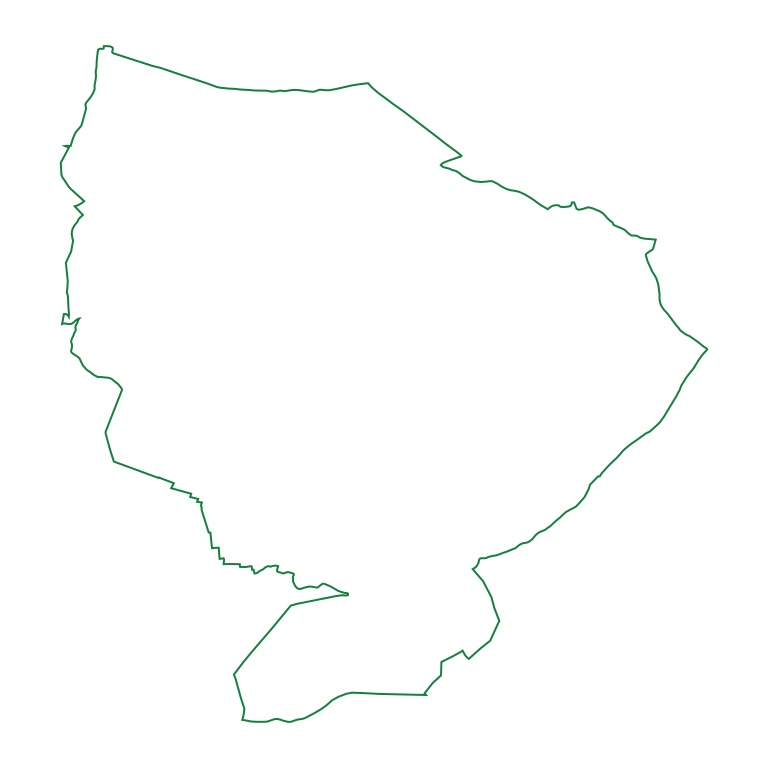 Comanesti, Suceava, Romania
{"feature_id": "2599482B69933741983623", "entity_name": "Comanesti", "entity_type": "district", "adm_level": 2, "iso_a3": "ROU", "parent_name": "Romania", "parent_adm1": "Suceava", "projection": "natural_earth1", "projection_center": [26.001, 47.659], "detail": "fine", "context": "isolated", "style": "outline", "palette": "green", "viewbox_px": 768, "rotation_deg": 0, "n_neighbors": 0, "source": "geoboundaries", "source_scale": "gbopen_adm2", "svg_char_len": 5967}
<svg xmlns="http://www.w3.org/2000/svg" viewBox="0 0 768 768"><path d="M242.3,719.9L246.7,720.6L250.2,721.4L256.2,721.8L263.8,721.8L266.3,721.7L267.9,721.4L274.0,719.3L275.2,719.0L277.5,719.0L280.2,719.6L283.9,720.9L288.3,721.9L290.1,721.9L291.4,721.6L294.3,720.6L297.9,719.5L301.7,719.0L303.8,718.5L306.1,717.5L312.5,714.2L320.6,709.5L326.5,705.3L332.2,700.2L338.2,696.9L346.3,693.8L351.8,692.7L361.8,693.0L378.7,693.9L426.0,695.0L424.6,693.3L432.8,682.9L441.0,675.4L441.2,669.5L441.4,662.0L452.4,656.5L460.1,652.3L462.6,650.7L465.2,655.3L466.2,656.6L468.8,658.9L480.3,648.6L490.2,640.7L499.3,620.8L494.4,608.2L491.4,597.1L483.1,581.2L472.7,569.1L475.8,567.2L476.7,566.1L478.6,562.6L478.9,560.5L479.4,559.4L479.7,558.9L480.3,558.4L481.6,558.2L483.6,558.3L485.1,558.2L486.2,558.0L488.1,557.1L490.4,556.4L492.6,555.9L495.6,555.5L497.6,555.0L503.3,552.8L506.7,551.7L515.7,548.0L518.7,545.4L520.3,544.4L521.6,543.8L522.8,543.3L526.3,542.7L527.9,542.2L529.3,541.5L531.5,539.8L532.6,538.9L534.3,536.6L535.3,535.7L535.9,534.8L537.1,533.8L538.3,532.9L540.7,531.6L544.1,530.3L545.7,529.4L547.2,528.2L549.7,526.6L551.7,524.8L556.1,520.7L557.8,519.3L558.6,518.6L560.0,517.6L563.1,514.5L566.2,511.9L570.5,509.5L575.7,506.8L578.4,504.1L584.4,497.3L588.7,489.0L590.0,484.7L598.1,476.4L599.7,476.4L601.7,473.3L607.1,467.3L610.3,464.0L616.2,458.4L619.5,454.9L622.8,451.0L624.8,449.0L630.7,444.2L639.6,438.0L641.8,436.3L642.5,435.9L646.0,433.4L648.0,432.4L649.2,431.9L650.8,430.7L656.8,425.3L658.8,423.4L659.9,422.2L661.1,420.7L664.4,416.0L666.7,412.1L674.9,398.6L676.4,396.1L678.0,392.9L679.5,390.4L681.2,385.8L686.0,378.0L690.6,371.9L692.7,369.6L694.3,367.2L698.4,360.4L702.0,355.3L706.6,350.1L707.2,349.3L706.9,348.8L703.6,346.5L696.6,341.0L693.1,338.6L689.4,336.0L687.8,335.4L685.8,334.4L680.8,330.8L679.8,329.7L678.8,328.2L676.5,325.6L673.6,321.8L669.0,315.5L667.8,314.0L663.9,309.7L662.1,307.1L660.8,304.9L659.8,301.1L659.5,298.2L659.5,292.9L659.1,291.9L658.5,285.7L657.6,282.1L657.1,280.8L656.4,278.5L654.7,275.4L652.2,271.5L650.7,268.1L648.6,263.6L648.2,262.6L647.6,261.3L646.3,256.8L645.9,255.8L646.0,254.4L646.6,253.5L652.8,249.3L653.8,246.3L654.9,242.4L655.7,239.7L654.4,239.5L644.2,238.6L640.1,237.7L637.5,236.1L636.2,235.8L634.1,235.5L631.7,235.6L630.4,234.8L628.1,233.1L624.6,229.8L621.1,228.1L617.1,226.5L613.6,224.9L612.6,222.6L609.6,220.3L607.2,218.0L605.1,215.5L602.8,213.2L599.2,211.0L592.2,208.2L588.2,207.3L582.7,209.0L578.5,209.8L576.6,208.8L575.4,205.9L574.2,202.5L572.0,202.4L571.1,205.3L569.7,206.3L566.5,206.8L562.8,207.1L560.3,206.7L558.7,205.4L556.2,205.2L553.5,205.5L550.9,206.7L547.7,209.2L539.0,204.0L538.6,203.6L534.6,200.6L530.5,197.8L524.6,194.3L519.1,191.8L514.2,190.7L510.2,190.2L505.8,188.7L501.6,186.5L497.0,183.5L492.4,181.3L490.1,181.1L486.4,181.6L480.7,182.0L474.6,181.3L470.6,180.1L462.8,176.1L458.7,172.6L455.7,170.9L452.3,170.0L449.2,168.6L445.8,167.8L443.2,167.0L441.6,165.9L440.8,165.0L442.4,163.4L445.2,161.9L461.4,156.2L461.4,155.7L456.7,151.9L444.5,142.9L438.4,138.0L402.8,110.8L393.7,104.4L378.6,93.2L371.8,87.4L368.1,83.2L358.2,84.4L352.0,85.4L336.5,88.9L329.8,90.2L327.2,90.3L319.6,89.7L314.4,91.6L312.6,91.7L309.3,91.5L299.5,90.2L295.3,89.9L291.6,90.1L286.3,90.9L283.3,91.1L280.7,90.6L279.3,90.7L276.2,91.3L274.2,91.5L272.0,91.6L269.8,91.3L266.5,90.7L255.1,90.5L245.9,89.8L239.9,89.5L235.3,88.9L228.9,88.6L221.2,87.8L218.6,87.4L216.4,86.8L207.9,83.7L179.7,74.4L160.5,67.9L151.7,65.7L113.3,53.3L112.3,52.5L112.2,51.4L112.8,49.4L112.7,47.9L111.8,47.1L109.9,46.3L106.4,46.1L103.9,46.1L103.6,48.5L102.1,48.9L100.2,48.7L98.3,49.5L97.7,52.0L96.8,59.7L96.5,67.1L95.7,71.4L96.0,76.6L95.3,81.7L94.5,85.9L94.7,89.0L93.1,93.1L91.1,96.4L86.5,102.4L85.6,103.8L85.5,105.5L86.0,107.4L86.0,108.9L82.4,122.3L81.3,125.6L79.7,127.7L77.0,130.7L75.4,132.9L74.0,135.8L72.1,141.1L70.6,146.0L69.8,146.2L68.5,145.8L66.3,145.8L65.0,146.0L68.9,147.6L60.8,162.7L61.4,174.7L62.3,177.0L69.0,187.1L70.9,189.1L84.2,201.2L82.0,202.9L78.3,205.1L74.7,206.3L82.9,215.0L79.4,218.2L78.3,219.8L77.6,221.5L74.3,225.7L72.4,229.3L71.7,233.8L72.3,237.6L73.1,240.8L71.1,251.6L65.9,262.7L67.7,280.4L67.7,282.1L67.4,287.8L66.8,292.3L67.9,296.1L68.5,308.3L69.0,314.1L68.8,316.7L68.2,315.6L66.0,314.0L63.9,314.1L62.1,324.0L62.8,323.7L64.4,323.5L66.7,323.7L69.0,324.1L70.0,324.1L71.4,323.8L73.3,322.7L75.7,320.5L77.3,319.3L78.8,318.6L79.4,318.5L79.1,318.9L78.3,319.9L77.4,322.5L76.2,324.7L75.6,326.1L75.4,327.5L75.7,329.6L75.6,330.7L73.9,333.6L73.7,334.9L71.8,338.9L71.3,340.6L71.2,342.1L71.7,343.7L72.1,346.3L71.1,351.2L71.1,351.8L72.7,353.5L77.4,356.6L79.4,358.2L81.9,363.5L83.0,365.5L86.2,369.2L88.7,371.2L90.3,372.1L91.3,373.0L94.1,375.1L97.1,376.7L98.0,377.0L101.6,377.1L108.7,377.8L110.8,378.5L112.4,379.5L115.3,382.0L117.7,383.7L120.7,387.2L121.9,389.2L121.9,390.2L114.1,410.1L105.5,432.1L105.6,433.3L110.0,449.5L113.9,461.6L158.6,478.0L158.8,477.5L173.6,483.1L173.8,483.2L171.2,488.2L191.2,493.8L190.2,497.0L198.2,499.0L197.1,501.8L201.9,502.5L200.9,505.6L201.7,507.4L201.5,508.7L201.6,509.9L208.7,532.5L210.4,532.6L212.0,548.1L218.7,547.7L219.6,558.9L223.6,558.3L224.1,559.6L223.6,564.1L230.7,564.0L239.8,564.2L240.1,566.9L245.6,567.0L250.9,566.2L251.6,566.3L252.2,569.9L253.6,569.7L254.5,573.5L256.0,573.3L257.9,572.5L259.0,571.4L263.1,569.3L265.4,567.3L268.1,566.1L270.6,566.7L271.9,566.1L275.1,565.6L277.7,565.9L278.2,566.3L277.2,569.3L277.0,571.0L278.1,572.0L280.8,572.6L283.2,573.5L285.5,572.8L287.4,572.1L288.6,572.2L292.0,573.1L293.7,573.8L293.8,575.1L292.9,576.7L293.1,581.6L295.1,585.8L296.8,587.9L297.9,588.5L299.4,589.0L300.6,588.9L304.7,587.6L308.6,586.6L311.3,586.6L316.1,587.5L317.7,587.5L321.4,584.5L322.8,583.7L324.3,583.8L329.7,586.0L333.1,587.9L338.2,590.9L344.4,592.9L347.4,593.2L348.1,593.9L347.9,595.2L345.8,595.6L342.4,595.2L335.8,596.1L297.6,603.7L290.8,605.6L271.8,628.6L252.4,651.2L243.8,661.6L235.3,672.7L234.3,674.1L234.0,675.0L235.5,678.5L240.6,697.0L244.4,708.8L243.7,714.4L242.3,719.9Z" fill="none" stroke="#15803d" stroke-width="2"/></svg>